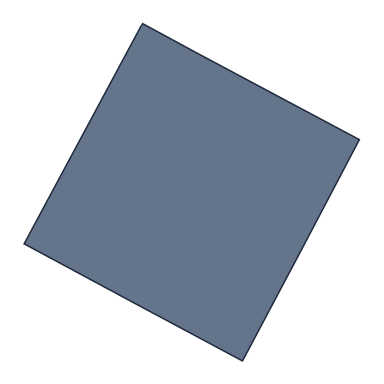 Cass, Iowa, United States of America (Albers equal-area conic projection), rotated 28°
{"feature_id": "52423323B96311963855013", "entity_name": "Cass", "entity_type": "district", "adm_level": 2, "iso_a3": "USA", "parent_name": "United States of America", "parent_adm1": "Iowa", "projection": "albers", "projection_center": [-94.938, 41.332], "detail": "fine", "context": "isolated", "style": "filled", "palette": "slate", "viewbox_px": 384, "rotation_deg": 28, "n_neighbors": 0, "source": "geoboundaries", "source_scale": "gbopen_adm2", "svg_char_len": 292}
<svg xmlns="http://www.w3.org/2000/svg" viewBox="0 0 384 384"><g transform="rotate(28 192 192)"><path d="M69.4,66.5L69.1,70.2L68.1,316.6L192.3,317.2L313.5,317.5L315.9,317.4L315.8,192.4L315.2,67.2L193.0,67.1L131.0,67.0L69.4,66.5Z" fill="#64748b" stroke="#1e293b" stroke-width="1.5"/></g></svg>